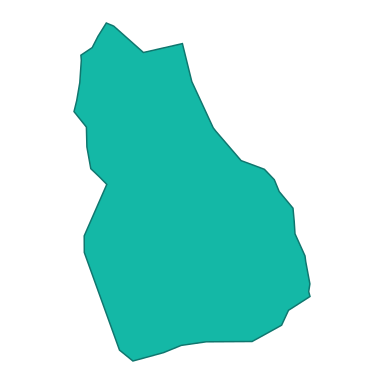 Santiago Nejapilla, Oaxaca, Mexico (Albers equal-area conic projection)
{"feature_id": "50627088B17376037616195", "entity_name": "Santiago Nejapilla", "entity_type": "district", "adm_level": 2, "iso_a3": "MEX", "parent_name": "Mexico", "parent_adm1": "Oaxaca", "projection": "albers", "projection_center": [-97.386, 17.432], "detail": "fine", "context": "isolated", "style": "filled", "palette": "teal", "viewbox_px": 384, "rotation_deg": 0, "n_neighbors": 0, "source": "geoboundaries", "source_scale": "gbopen_adm2", "svg_char_len": 613}
<svg xmlns="http://www.w3.org/2000/svg" viewBox="0 0 384 384"><path d="M295.0,233.8L294.2,221.3L293.0,208.2L279.2,191.6L274.3,179.7L264.4,169.3L241.1,160.6L215.9,131.3L213.2,127.8L191.8,81.6L182.4,43.6L143.4,52.5L113.7,26.1L106.3,23.0L98.0,36.3L92.2,47.6L80.9,55.2L81.3,60.4L79.8,82.6L76.7,100.6L74.0,111.6L86.4,127.1L86.9,147.0L90.8,168.7L98.9,176.4L106.8,184.4L84.2,235.9L84.3,252.5L119.5,350.1L132.9,361.0L163.6,352.6L181.2,345.4L206.2,341.8L252.1,341.5L281.6,325.2L288.5,310.3L310.0,296.5L308.7,291.6L309.9,283.9L305.7,261.5L305.0,255.9L295.0,233.8Z" fill="#14b8a6" stroke="#0f766e" stroke-width="1.5"/></svg>